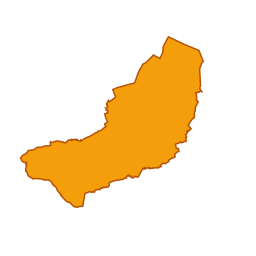 the district of Cleja, Bacau, Romania, rotated 316°
{"feature_id": "2599482B76086213180522", "entity_name": "Cleja", "entity_type": "district", "adm_level": 2, "iso_a3": "ROU", "parent_name": "Romania", "parent_adm1": "Bacau", "projection": "robinson", "projection_center": [26.881, 46.398], "detail": "fine", "context": "isolated", "style": "filled", "palette": "amber", "viewbox_px": 256, "rotation_deg": 316, "n_neighbors": 0, "source": "geoboundaries", "source_scale": "gbopen_adm2", "svg_char_len": 5698}
<svg xmlns="http://www.w3.org/2000/svg" viewBox="0 0 256 256"><g transform="rotate(316 128 128)"><path d="M232.9,121.5L226.8,107.5L220.4,90.5L211.2,93.4L209.1,94.5L208.0,95.6L207.9,95.9L206.8,96.6L206.8,97.0L205.9,97.5L204.7,98.0L203.7,98.7L201.4,99.3L200.6,99.6L199.8,100.1L199.3,100.1L196.9,93.1L196.3,93.3L186.4,93.4L184.5,92.8L182.8,92.5L177.7,94.2L177.6,93.9L177.3,94.0L176.5,94.4L173.8,95.3L165.9,99.3L163.7,100.1L160.6,98.2L147.9,91.3L143.7,89.8L140.8,96.7L139.6,97.1L132.9,96.3L133.2,94.6L129.4,95.7L129.3,96.1L129.4,96.5L128.4,96.6L128.1,98.9L126.4,98.8L126.1,98.5L126.2,98.9L125.7,98.8L125.6,99.3L125.3,100.0L124.8,100.2L125.2,100.6L125.0,100.9L125.1,101.1L125.0,101.4L125.4,101.7L124.9,102.1L124.4,102.3L124.5,102.6L124.1,103.1L123.7,103.1L122.3,102.2L121.7,102.0L121.1,101.7L119.2,104.9L118.5,106.9L117.3,109.7L116.7,109.6L114.4,108.8L113.7,109.4L113.3,110.5L113.5,111.0L112.7,111.6L111.1,111.2L110.5,111.3L109.9,111.0L108.8,111.3L108.3,111.1L107.6,111.1L107.1,110.9L106.5,111.0L106.1,110.7L105.8,110.4L105.0,109.7L104.0,109.6L103.1,109.9L101.9,109.4L101.6,109.0L100.4,108.8L99.3,108.4L98.2,108.5L96.0,107.7L94.3,107.3L91.4,106.0L87.9,105.0L87.2,105.1L86.1,104.8L85.8,104.9L85.7,104.2L85.4,104.7L84.9,104.7L84.7,104.4L84.8,104.0L84.7,103.9L84.3,103.8L83.6,102.4L83.1,102.2L83.2,101.6L83.6,101.3L83.6,101.0L83.4,100.9L82.4,100.8L82.3,100.6L82.7,100.0L82.0,99.4L81.4,99.3L81.1,98.9L81.1,98.5L80.1,98.0L79.6,98.1L78.9,98.0L78.9,97.7L79.2,97.2L78.8,97.2L78.9,96.9L78.8,96.7L78.2,96.4L78.1,96.1L77.8,95.9L77.5,96.0L76.5,95.3L75.7,95.4L75.5,95.2L75.3,95.2L75.2,95.5L73.8,95.3L73.4,95.5L73.0,95.4L72.7,95.1L72.7,94.7L72.1,94.5L71.6,93.9L71.5,92.7L70.5,91.9L70.4,91.5L70.3,90.9L69.7,90.5L69.1,89.3L68.5,88.7L67.4,87.6L66.6,87.3L65.6,86.6L63.8,86.0L62.6,84.7L62.6,84.1L61.6,84.7L61.2,85.4L60.8,86.4L60.6,86.7L60.3,86.7L59.4,86.1L58.3,85.8L57.7,85.0L55.8,83.2L55.1,82.7L52.9,82.0L52.3,81.6L51.7,81.1L51.3,80.5L50.0,79.6L49.6,79.0L49.5,78.9L48.8,79.0L47.3,78.4L44.9,78.3L44.0,77.3L43.2,76.7L42.5,76.4L40.7,74.9L39.1,75.4L37.4,75.5L35.3,75.3L33.4,74.5L31.4,74.8L30.2,74.8L29.7,75.5L29.4,76.3L28.7,78.6L28.7,78.9L29.5,80.8L30.5,81.9L31.1,82.1L31.1,82.5L29.4,82.9L29.6,83.8L29.0,84.0L28.7,84.6L28.2,85.0L26.3,86.1L25.2,87.4L24.4,88.0L24.4,88.5L24.7,89.2L24.6,89.7L24.1,90.9L23.3,91.9L23.1,92.7L23.1,94.0L23.8,96.1L24.2,98.6L25.8,99.6L26.4,100.3L27.6,101.3L28.3,102.1L29.4,103.7L30.5,104.6L30.8,105.2L31.5,107.3L32.0,107.7L32.7,107.9L33.0,108.6L33.8,109.0L34.0,109.4L34.3,109.5L34.8,110.7L35.0,111.0L34.9,111.4L35.1,111.6L35.4,112.7L35.4,113.9L34.8,115.1L34.8,116.1L34.6,116.3L34.6,116.5L34.9,116.5L34.9,116.8L34.6,117.8L34.8,118.6L34.9,118.8L34.9,119.3L35.1,119.6L35.0,120.5L34.7,122.0L34.1,123.1L33.7,124.3L33.6,126.6L33.4,127.9L33.4,129.5L33.0,129.5L32.9,129.8L32.7,135.5L32.9,138.2L33.1,139.2L33.6,140.2L34.3,140.7L34.4,140.9L34.3,143.5L34.3,144.1L34.6,145.3L34.5,146.6L34.9,147.7L36.6,149.8L37.1,150.2L37.5,150.2L37.7,150.3L38.3,150.5L40.0,151.9L40.4,152.3L41.0,152.4L41.0,152.7L41.2,152.8L50.2,146.2L51.1,145.4L52.3,145.5L54.5,146.5L56.1,146.9L56.4,147.2L56.9,148.9L57.2,149.1L58.2,149.0L58.4,149.1L58.5,150.1L59.1,150.7L59.8,150.7L60.6,150.1L61.3,150.0L62.3,150.7L62.9,150.9L65.2,152.8L66.5,152.2L67.0,152.5L67.0,153.0L67.5,153.2L67.7,153.4L68.1,153.6L69.2,153.5L69.3,153.8L69.7,154.1L69.8,154.5L70.2,154.5L70.4,155.0L71.7,155.8L72.3,156.3L72.8,156.6L73.1,156.3L74.5,156.4L74.9,156.1L75.0,155.8L76.4,154.5L77.2,154.5L81.1,156.3L84.3,158.2L85.9,159.7L86.8,159.8L88.4,161.4L90.1,161.7L90.7,162.0L91.4,162.0L91.8,162.8L92.3,162.5L93.6,162.3L94.1,161.9L95.7,162.1L95.9,162.3L95.9,163.1L95.8,163.3L95.3,163.2L95.2,163.3L96.7,164.6L96.0,164.9L96.0,165.3L96.0,165.7L96.5,165.8L96.7,166.1L96.5,166.5L96.7,167.2L97.4,167.6L98.0,167.3L98.8,167.5L99.2,167.4L99.7,168.6L100.1,168.5L100.3,168.8L100.7,169.9L101.3,170.4L105.6,168.9L110.4,167.5L110.8,167.7L111.0,168.2L110.9,168.7L111.0,168.7L112.0,167.9L112.3,167.9L112.6,168.2L112.3,168.7L112.2,169.3L112.6,169.2L112.8,169.6L113.3,169.6L115.4,171.0L115.1,171.2L115.4,171.5L115.1,171.6L115.1,171.8L115.3,172.1L115.8,172.0L115.9,172.5L116.3,172.7L116.5,173.1L117.5,173.6L117.4,173.9L118.2,174.1L118.2,174.4L118.6,174.4L119.4,175.1L119.6,175.5L120.9,176.4L121.4,176.5L121.4,176.9L121.9,177.4L122.0,177.8L122.8,177.7L123.2,177.8L125.1,178.8L125.2,177.5L125.4,177.3L126.0,177.2L127.4,177.7L127.5,177.6L128.5,177.6L128.7,177.9L129.7,178.8L129.8,179.1L130.5,179.9L131.6,179.9L133.5,180.3L133.9,180.1L134.1,180.3L134.3,180.3L135.1,179.6L135.7,179.6L139.3,180.4L140.7,181.3L141.6,181.5L141.9,181.5L142.8,179.7L143.3,179.6L144.7,179.4L146.8,179.4L147.4,179.6L148.3,180.3L150.0,177.8L148.8,176.6L148.9,175.8L149.0,175.4L149.3,175.3L149.8,174.2L150.6,173.1L150.8,172.6L151.0,172.6L152.3,173.2L153.2,173.8L154.2,174.2L154.8,174.1L155.8,174.4L156.0,174.6L155.8,174.9L155.9,175.5L156.5,175.9L157.0,176.1L158.0,176.7L158.8,176.7L160.4,177.9L161.0,177.7L162.7,175.1L162.9,175.3L163.2,175.4L164.0,175.0L164.4,174.1L164.3,173.4L164.6,172.8L165.3,173.0L166.9,172.8L167.2,172.6L167.7,171.5L168.2,171.0L169.2,172.5L169.6,172.0L171.1,172.3L172.9,172.4L173.1,167.8L174.1,167.8L174.5,167.7L175.1,167.3L180.6,166.2L182.6,166.5L183.2,166.4L185.1,164.5L186.1,163.2L187.0,162.8L188.0,162.5L188.5,162.3L189.8,160.9L190.6,160.2L192.3,159.3L194.6,158.7L196.6,157.9L196.9,157.6L196.4,156.1L196.8,155.9L196.8,155.4L197.0,154.7L197.6,154.6L198.6,153.9L198.8,153.5L200.2,151.7L200.2,151.4L201.1,149.7L201.6,149.8L201.8,150.2L202.3,150.7L202.8,150.4L203.8,151.5L204.6,151.3L205.5,151.5L206.3,153.1L206.5,152.5L206.6,151.0L207.3,149.4L207.7,148.9L209.5,148.0L209.8,147.7L220.5,135.3L225.6,132.7L226.9,132.3L228.4,132.3L232.9,121.5Z" fill="#f59e0b" stroke="#b45309" stroke-width="1.5"/></g></svg>